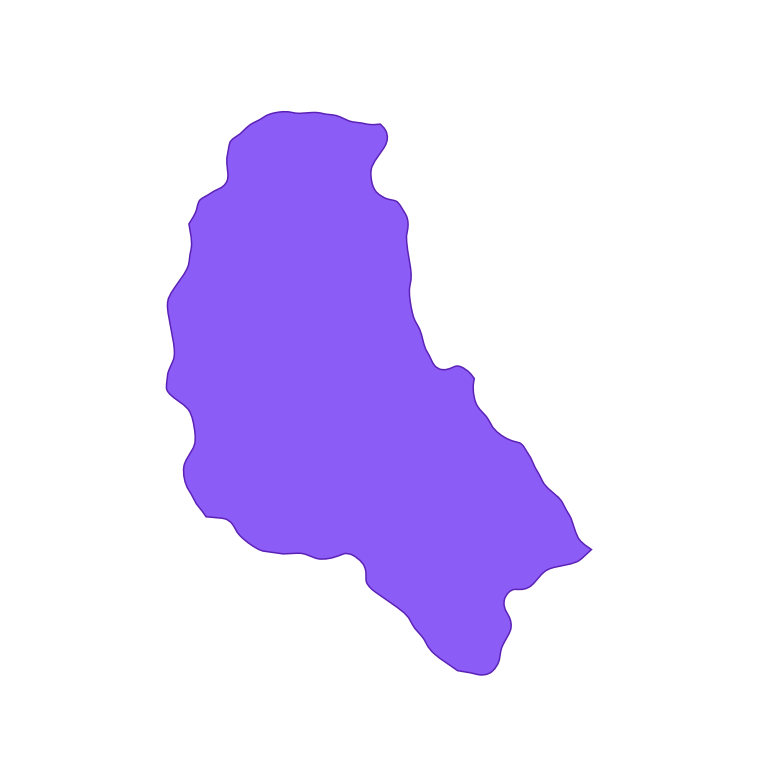 the district of Altamira, Puerto Plata, Dominican Republic, rotated 215°
{"feature_id": "3306468B71353623072064", "entity_name": "Altamira", "entity_type": "district", "adm_level": 2, "iso_a3": "DOM", "parent_name": "Dominican Republic", "parent_adm1": "Puerto Plata", "projection": "orthographic", "projection_center": [-70.789, 19.642], "detail": "fine", "context": "isolated", "style": "filled", "palette": "violet", "viewbox_px": 768, "rotation_deg": 215, "n_neighbors": 0, "source": "geoboundaries", "source_scale": "gbopen_adm2", "svg_char_len": 3723}
<svg xmlns="http://www.w3.org/2000/svg" viewBox="0 0 768 768"><g transform="rotate(215 384 384)"><path d="M313.2,440.3L318.5,442.0L322.4,442.7L328.2,442.7L331.8,442.0L333.4,441.3L334.8,440.4L335.9,439.2L339.3,433.9L341.5,431.4L342.8,430.3L345.8,428.5L347.7,428.0L351.4,427.8L353.3,428.2L356.6,429.5L362.7,433.0L369.6,436.3L374.2,439.6L381.4,445.8L385.9,449.1L389.2,450.9L394.5,453.4L397.8,455.5L400.9,458.0L405.5,462.2L409.8,466.6L413.9,471.2L417.4,476.0L419.2,479.5L421.6,484.8L424.8,489.6L428.7,494.2L441.6,507.4L447.0,513.5L450.5,518.2L453.7,525.1L455.6,528.3L457.9,531.2L460.6,533.6L462.1,534.6L465.5,536.3L473.4,539.7L476.5,540.6L478.1,540.8L479.6,540.6L481.1,540.1L487.1,537.6L490.7,536.7L496.5,536.4L500.4,536.9L502.3,537.5L505.7,539.2L508.8,541.5L511.5,544.1L514.1,547.0L516.3,550.1L518.0,553.5L518.6,555.5L519.4,561.5L519.5,577.8L520.0,581.7L521.2,585.5L523.1,588.6L525.8,591.2L527.2,592.2L530.6,593.7L536.1,594.8L540.5,591.1L543.5,589.0L546.8,587.2L552.1,584.9L560.1,580.7L563.6,579.4L573.2,577.6L576.9,576.6L580.2,575.1L586.6,571.6L591.8,569.4L595.2,567.6L598.2,565.5L608.5,557.2L611.6,555.3L618.5,552.1L623.1,549.0L626.0,546.5L630.0,542.5L632.4,539.5L634.4,536.4L637.4,529.3L640.9,522.9L642.4,519.5L643.5,515.7L645.4,506.2L648.4,498.4L648.9,495.2L648.8,493.6L647.7,490.5L642.4,479.1L639.2,474.5L631.9,466.0L630.0,462.9L629.3,461.2L628.8,459.3L628.8,455.5L629.8,451.9L634.0,444.2L636.9,437.4L639.1,432.9L640.2,429.9L640.4,428.3L640.2,426.7L639.3,423.7L637.5,419.1L636.6,415.4L636.1,411.4L635.6,403.2L626.6,394.1L623.9,390.9L621.4,387.6L619.5,384.1L617.2,378.8L613.8,372.4L612.3,369.0L611.4,365.1L610.8,359.1L610.8,342.6L610.6,336.4L609.7,330.5L608.1,326.7L605.9,323.3L601.9,318.6L579.5,296.5L575.4,291.8L573.0,288.5L571.1,285.0L570.4,283.1L568.1,271.6L566.9,268.1L561.9,258.9L560.0,256.0L558.7,254.8L557.2,253.9L553.8,252.8L548.2,252.2L536.3,252.0L530.4,251.1L526.8,249.7L522.0,246.5L517.7,242.7L512.2,237.1L508.5,232.7L505.4,227.9L504.7,226.2L503.6,222.3L502.5,208.4L501.7,204.5L501.1,202.6L499.2,199.0L495.4,194.1L490.9,189.8L485.8,186.3L478.8,183.2L469.0,178.2L459.6,175.4L453.6,173.2L439.4,181.3L436.1,182.6L434.2,182.9L430.5,182.9L428.7,182.5L425.4,181.3L419.2,178.3L415.2,177.2L411.0,176.5L404.5,176.0L398.0,176.0L391.6,176.6L387.4,177.7L369.1,187.0L357.9,195.7L354.5,197.9L350.9,199.4L339.7,202.2L336.1,203.8L331.2,207.4L326.9,211.7L323.3,216.3L319.4,222.0L318.2,223.2L314.8,225.0L312.9,225.6L308.8,226.1L302.5,225.7L298.4,224.7L296.4,223.9L293.4,221.9L290.9,219.5L286.1,212.9L284.9,211.8L283.4,210.8L279.8,209.5L275.8,208.8L271.6,208.6L244.9,208.6L236.2,208.1L229.9,206.7L221.8,202.8L218.3,201.4L208.9,199.1L205.2,198.0L197.1,194.0L191.4,192.3L187.2,191.7L180.7,191.3L159.3,191.4L147.3,197.1L140.4,199.8L137.1,201.6L134.4,204.0L133.2,205.3L131.2,208.5L130.6,210.4L129.9,214.3L130.2,220.2L131.2,224.0L135.1,232.1L136.4,235.7L137.1,239.6L138.4,251.4L139.3,255.2L140.0,257.0L142.0,260.1L144.5,262.7L147.4,264.8L155.4,268.8L158.1,271.1L159.4,272.4L161.3,275.5L162.0,277.3L162.4,279.2L162.6,282.9L162.0,286.4L160.4,289.5L159.2,290.7L155.3,293.3L152.7,295.3L150.4,297.8L148.6,300.9L147.9,302.6L147.0,306.4L145.8,318.2L144.9,322.1L144.3,324.0L142.3,327.7L139.7,331.1L128.0,343.6L124.2,348.7L123.2,350.6L121.9,354.4L119.1,367.4L127.3,367.4L132.9,368.1L136.4,369.2L141.9,372.5L153.5,381.1L156.9,382.9L162.1,385.2L170.2,389.4L171.9,390.1L175.7,391.1L189.5,392.6L195.3,393.9L198.6,395.4L205.0,398.9L212.0,402.1L221.5,407.7L234.4,413.2L237.5,413.7L239.1,413.6L246.6,410.9L252.2,409.7L258.1,409.3L264.2,409.6L270.0,410.9L278.2,414.8L281.6,416.1L291.1,418.2L294.8,419.5L296.6,420.4L300.0,422.7L303.1,425.5L306.0,428.5L309.8,433.5L311.7,437.1L313.2,440.3Z" fill="#8b5cf6" stroke="#5b21b6" stroke-width="1.5"/></g></svg>